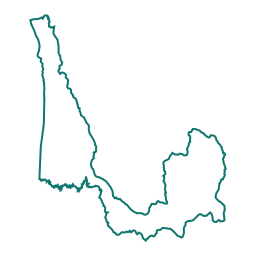 El Charco, Nariño, Colombia (Equal Earth projection)
{"feature_id": "7082276B87562004853041", "entity_name": "El Charco", "entity_type": "district", "adm_level": 2, "iso_a3": "COL", "parent_name": "Colombia", "parent_adm1": "Nariño", "projection": "equal_earth", "projection_center": [-77.861, 2.29], "detail": "fine", "context": "isolated", "style": "outline", "palette": "teal", "viewbox_px": 256, "rotation_deg": 0, "n_neighbors": 0, "source": "geoboundaries", "source_scale": "gbopen_adm2", "svg_char_len": 5783}
<svg xmlns="http://www.w3.org/2000/svg" viewBox="0 0 256 256"><path d="M210.9,135.2L209.5,137.4L208.6,137.6L205.1,135.3L203.6,133.2L201.8,132.7L200.3,131.1L198.7,130.2L197.3,130.0L196.2,129.2L192.7,129.0L191.2,132.0L189.3,132.1L188.8,132.5L188.5,134.6L188.8,135.3L189.9,135.7L190.3,137.5L190.0,139.1L190.2,141.8L188.8,143.2L188.8,145.1L186.9,149.0L187.5,150.6L187.6,153.0L186.9,154.9L184.1,155.5L182.8,154.4L179.8,153.6L178.0,154.8L176.0,154.4L175.1,154.6L172.4,152.9L171.6,154.3L170.6,155.1L168.6,159.1L164.7,161.0L163.5,162.3L163.3,163.8L163.9,165.4L163.7,167.5L164.2,168.9L164.0,170.3L164.3,171.1L165.1,171.5L165.4,173.8L164.0,175.3L163.9,176.0L163.4,176.1L164.1,176.9L164.3,178.1L163.5,181.3L164.5,182.1L164.6,183.6L165.3,184.4L165.5,186.3L165.1,187.5L165.1,190.5L165.9,192.5L165.0,193.4L165.5,194.1L165.2,195.2L165.6,195.6L166.1,200.2L167.2,202.1L166.9,203.5L164.9,203.6L162.6,202.5L160.1,202.4L158.2,201.0L156.6,202.2L156.3,203.6L155.9,204.0L154.2,204.2L152.4,203.7L151.6,203.9L150.5,206.4L149.4,207.6L149.0,211.2L148.1,213.1L146.8,214.2L145.2,214.7L144.3,214.7L142.1,213.3L136.6,213.1L133.3,211.4L130.4,209.0L126.8,204.6L125.1,203.9L124.2,202.6L122.1,201.4L120.1,199.0L118.4,199.3L117.7,198.6L116.6,198.4L116.1,197.6L115.1,198.3L114.6,198.1L113.1,196.1L112.5,191.3L111.8,189.6L110.6,187.2L107.5,183.0L105.9,181.2L102.6,179.0L98.7,177.1L97.7,177.1L95.7,176.1L94.6,174.3L93.6,170.2L91.8,167.6L90.8,164.6L91.9,160.0L94.0,158.2L93.4,156.9L93.4,156.1L94.1,155.0L94.1,153.6L93.6,152.8L93.8,152.3L95.5,152.0L96.0,151.4L96.2,146.3L95.1,144.9L94.7,142.4L93.5,139.6L89.6,133.3L88.7,129.1L89.0,125.7L86.5,122.7L84.0,117.5L81.0,115.3L80.4,112.2L79.6,111.0L79.5,108.0L78.3,107.9L77.5,105.0L77.7,104.5L77.2,103.3L77.2,102.4L76.6,101.9L76.4,100.2L75.6,98.6L73.4,97.2L73.1,95.5L72.8,95.5L72.4,94.3L71.0,92.7L71.1,90.4L70.7,89.3L70.0,88.7L68.3,88.4L67.2,87.0L67.2,85.2L67.9,83.9L67.7,83.0L68.2,81.4L67.8,79.3L65.8,77.7L65.9,74.5L63.7,72.8L61.9,72.5L61.3,72.7L60.7,73.7L60.1,73.9L58.5,71.5L58.5,70.4L59.6,68.8L59.4,66.3L59.8,65.6L60.9,65.4L61.7,64.6L62.2,62.6L60.7,60.1L60.1,55.8L58.8,53.7L58.5,51.4L58.6,46.4L57.5,39.8L53.8,34.4L53.4,32.3L54.2,26.7L51.5,27.7L50.7,27.5L50.5,26.7L49.1,26.6L48.8,23.0L49.5,22.3L49.7,21.6L47.9,18.7L47.7,17.7L48.6,18.0L47.9,16.2L47.0,15.4L44.4,15.6L42.8,18.7L42.5,18.5L42.6,17.6L41.5,17.5L39.0,18.7L36.5,19.2L34.5,19.1L30.4,20.1L31.1,23.9L34.1,30.2L36.0,35.7L37.9,38.9L38.8,41.7L39.5,45.0L39.5,47.3L38.9,51.0L37.7,54.1L37.6,55.8L38.7,57.3L41.2,58.5L40.7,61.7L42.5,63.6L42.3,66.5L43.3,68.7L42.4,71.5L42.8,72.7L42.3,75.1L43.6,79.2L43.5,80.9L43.9,81.3L44.4,89.0L44.0,94.0L44.3,95.8L44.1,97.1L44.4,97.4L43.8,124.0L40.8,146.6L39.4,179.2L39.8,179.4L39.9,179.0L40.2,179.4L40.2,179.1L41.5,179.6L41.9,180.2L42.1,179.9L43.0,180.4L43.7,180.2L44.0,179.5L45.0,179.6L46.1,180.3L46.4,181.1L47.2,181.2L47.1,181.6L47.8,181.0L48.1,181.4L48.4,180.8L48.9,181.3L49.2,180.9L49.5,181.7L50.2,181.9L50.2,182.9L49.5,183.4L49.0,183.2L48.9,183.6L49.9,184.0L50.4,184.7L51.2,184.8L52.0,185.8L52.0,186.4L53.6,186.4L53.8,187.4L54.3,187.0L54.2,186.0L54.9,185.8L55.1,186.7L56.1,185.4L56.4,185.6L56.6,186.8L57.2,186.9L57.9,185.2L58.5,186.4L58.1,187.1L58.8,187.7L58.8,188.8L59.6,188.9L60.2,188.3L60.7,188.5L60.8,189.0L60.3,189.6L60.3,190.6L60.8,190.5L61.8,188.6L61.6,187.7L60.5,186.6L61.0,186.0L62.5,186.5L62.7,185.6L63.4,185.6L64.6,184.6L65.1,185.2L65.8,184.4L66.3,185.4L67.2,185.4L67.1,187.3L68.7,187.5L68.8,186.9L69.7,186.5L69.2,185.8L69.5,185.5L70.2,187.4L70.6,187.7L71.5,185.5L72.3,185.6L71.8,186.3L72.4,186.5L72.5,185.1L72.9,184.2L74.1,185.9L75.9,186.8L76.6,188.2L77.6,188.0L77.9,188.8L77.8,190.4L78.7,189.4L78.7,190.2L79.3,189.7L79.4,190.4L80.2,188.9L81.9,187.7L81.5,187.2L82.0,187.0L81.9,185.0L82.4,184.9L82.0,184.1L83.2,183.8L83.3,182.9L83.8,182.9L83.7,182.0L84.2,181.9L84.2,180.9L85.8,180.5L86.0,179.6L85.7,179.2L85.9,178.9L85.7,177.5L86.0,177.3L87.1,180.6L86.7,182.1L87.0,183.1L86.7,184.0L88.5,183.7L87.1,186.0L88.2,187.1L89.5,186.6L89.9,187.1L90.6,186.7L91.1,187.2L92.5,187.2L93.5,186.5L95.6,186.3L95.7,185.8L98.7,186.6L99.4,187.9L99.7,190.4L100.6,190.6L101.1,189.8L101.6,190.6L100.8,192.5L100.6,194.8L99.8,195.9L99.2,197.5L100.7,198.6L103.5,205.0L103.5,206.0L104.3,206.1L105.2,207.8L105.1,211.4L105.3,212.1L107.6,212.5L106.6,213.3L106.0,215.5L105.3,216.8L105.3,217.9L105.9,218.6L106.7,221.6L107.6,222.1L107.6,222.6L108.3,222.8L108.3,223.5L107.8,224.0L107.8,225.3L112.4,229.9L113.3,231.9L114.1,232.7L115.1,232.6L116.6,234.7L118.9,234.7L121.8,232.3L125.5,232.3L126.5,231.6L128.1,232.2L129.7,230.8L130.4,232.0L131.2,232.3L132.9,230.5L134.4,230.5L135.4,231.0L136.0,232.7L137.2,234.2L138.8,232.6L141.0,233.7L141.9,234.9L143.0,238.3L145.8,240.6L146.4,239.3L147.7,238.6L148.3,237.6L150.0,236.2L152.0,235.5L153.5,236.4L154.7,236.0L155.6,234.1L156.7,233.2L156.7,231.3L157.1,230.3L158.5,229.9L160.3,229.9L162.5,228.0L163.6,227.9L170.4,228.9L173.0,230.8L177.5,235.7L181.6,237.5L182.6,236.8L183.5,234.6L184.0,232.3L183.8,228.5L184.4,226.7L185.4,225.4L185.6,222.7L187.5,221.2L191.6,220.7L193.6,219.9L195.1,218.1L196.5,217.2L197.5,215.8L199.4,214.3L201.3,214.4L203.4,215.9L206.4,215.8L210.1,212.5L211.4,213.6L212.4,216.6L212.7,220.2L214.1,221.7L216.3,222.0L218.9,220.0L220.4,221.4L223.2,221.1L224.3,220.4L224.5,219.9L223.8,213.8L223.9,212.2L224.5,210.9L224.7,209.0L224.4,205.7L220.8,202.2L218.7,201.0L215.7,197.7L215.5,197.0L216.3,193.3L218.7,189.3L219.5,183.1L220.1,182.9L220.6,182.0L221.2,179.5L222.9,179.4L222.9,178.5L223.9,177.4L224.9,174.9L224.3,173.9L224.8,171.5L224.4,170.2L225.0,169.2L225.6,169.1L225.1,166.7L223.8,163.4L223.0,158.8L223.7,157.8L224.2,155.7L225.1,155.1L225.1,154.7L224.5,153.2L223.2,153.4L222.7,150.6L221.8,149.0L221.9,147.3L220.7,146.2L220.1,144.7L218.3,143.1L217.7,141.7L216.5,140.3L215.7,137.3L214.3,135.8L210.9,135.2Z" fill="none" stroke="#0f766e" stroke-width="2"/></svg>